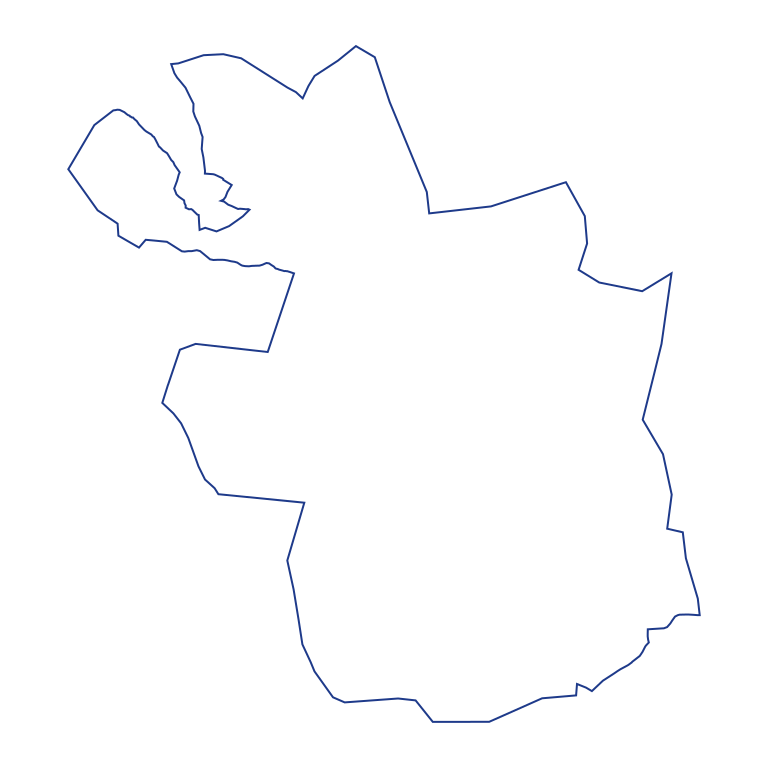 the district of Ido-Osi, Ekiti, Nigeria
{"feature_id": "59680162B17555212909244", "entity_name": "Ido-Osi", "entity_type": "district", "adm_level": 2, "iso_a3": "NGA", "parent_name": "Nigeria", "parent_adm1": "Ekiti", "projection": "robinson", "projection_center": [5.146, 7.853], "detail": "fine", "context": "isolated", "style": "outline", "palette": "blue", "viewbox_px": 768, "rotation_deg": 0, "n_neighbors": 0, "source": "geoboundaries", "source_scale": "gbopen_adm2", "svg_char_len": 3069}
<svg xmlns="http://www.w3.org/2000/svg" viewBox="0 0 768 768"><path d="M671.5,273.3L642.2,291.2L599.2,282.5L578.6,269.8L587.1,243.5L584.8,216.1L565.9,182.2L491.0,206.4L429.2,213.4L426.8,192.0L389.7,102.1L374.8,57.2L355.9,46.1L338.0,60.6L314.6,75.9L309.1,84.9L308.3,86.3L302.7,98.4L295.9,92.1L287.5,87.6L241.2,58.3L223.3,54.2L203.6,55.2L178.3,63.4L171.2,64.1L174.4,73.2L177.1,77.6L180.0,81.0L185.5,87.7L190.2,97.3L193.5,103.8L193.3,111.5L194.9,116.4L199.3,125.8L201.1,133.0L202.6,137.0L201.7,149.0L203.4,157.5L205.0,170.8L204.9,173.6L213.1,174.2L214.7,174.6L222.0,178.0L223.2,178.9L223.2,179.8L231.7,185.0L227.5,191.8L225.5,197.0L223.6,199.5L221.0,200.8L224.1,201.6L228.2,204.7L231.6,206.0L236.3,208.2L238.1,209.0L240.0,208.7L244.5,209.1L246.0,209.3L248.2,209.1L249.5,209.7L242.9,216.3L229.1,226.1L216.5,231.4L205.2,227.8L199.6,229.9L199.1,223.1L198.7,215.0L197.3,214.6L193.9,211.3L192.5,209.9L191.2,209.1L189.0,209.3L187.1,208.4L185.6,207.7L185.7,205.5L184.5,203.2L184.1,200.4L179.1,196.9L176.5,194.4L174.2,188.5L177.1,180.7L178.7,174.7L179.7,172.3L174.6,165.1L173.3,162.1L171.2,160.0L169.1,156.4L167.1,153.2L163.0,150.5L160.1,147.4L158.9,146.5L157.4,143.4L155.2,139.1L154.0,137.0L152.8,136.3L151.3,134.5L146.3,131.5L144.4,130.0L139.0,124.4L136.8,121.1L134.4,119.1L133.0,117.5L132.0,117.5L130.8,116.7L130.1,116.5L129.6,115.7L128.0,115.1L126.5,114.0L124.4,112.2L119.7,109.9L117.3,109.7L115.6,110.1L113.3,110.4L94.3,125.1L68.3,169.2L97.6,210.3L117.2,223.4L117.6,223.7L118.4,235.7L139.0,247.6L145.7,239.8L153.6,240.5L166.9,241.8L181.9,251.3L184.7,251.6L188.5,251.1L191.8,251.1L196.8,250.2L200.1,251.1L209.2,258.6L210.0,259.3L213.4,260.0L217.6,259.8L222.4,259.8L224.3,259.9L227.4,260.4L231.2,261.3L234.5,261.8L237.3,262.6L240.6,264.8L242.2,265.6L245.0,266.1L248.9,266.3L251.8,265.9L256.7,265.7L258.9,265.7L260.0,265.5L262.6,264.7L265.0,263.6L266.5,263.0L269.1,263.4L271.5,265.1L272.5,265.7L273.9,266.6L275.5,268.4L276.0,268.6L277.7,269.0L279.0,269.6L282.7,270.6L284.3,271.1L285.5,271.0L286.7,271.2L287.4,271.2L288.2,271.5L289.9,272.0L292.2,272.8L294.0,273.4L268.2,350.6L267.7,352.0L195.6,343.9L179.9,349.7L168.2,384.4L167.9,385.1L162.3,402.9L173.4,413.4L181.1,423.3L188.3,438.0L198.5,466.4L205.0,479.5L214.6,488.2L218.4,494.2L304.3,502.7L287.3,560.5L293.6,589.4L298.5,619.2L302.4,644.4L310.7,662.2L314.5,671.4L333.0,697.3L344.7,702.4L398.1,698.5L415.6,700.4L432.8,721.9L489.2,721.8L542.1,698.3L576.1,695.4L577.0,684.0L586.0,687.6L591.9,691.1L601.2,682.3L602.9,680.7L614.3,673.3L616.5,671.8L617.2,671.3L620.5,669.2L627.2,665.6L628.4,664.9L630.7,663.2L631.8,662.4L632.2,661.8L635.2,659.5L637.5,657.7L639.8,655.9L642.5,651.9L645.2,646.6L645.9,645.6L648.8,642.5L648.1,639.6L647.9,638.0L647.7,636.4L647.7,634.0L647.8,629.3L662.1,628.4L664.0,628.3L664.4,628.1L667.1,627.1L668.7,625.3L670.3,623.5L672.1,620.7L675.0,616.6L677.7,615.2L679.5,614.7L683.0,614.6L688.0,614.5L693.2,614.8L697.1,615.1L699.7,615.1L697.8,598.6L685.9,558.3L682.8,532.3L667.2,528.7L671.7,494.6L663.0,454.2L642.7,419.7L654.2,373.6L661.5,344.0L671.5,273.3Z" fill="none" stroke="#1e3a8a" stroke-width="2"/></svg>